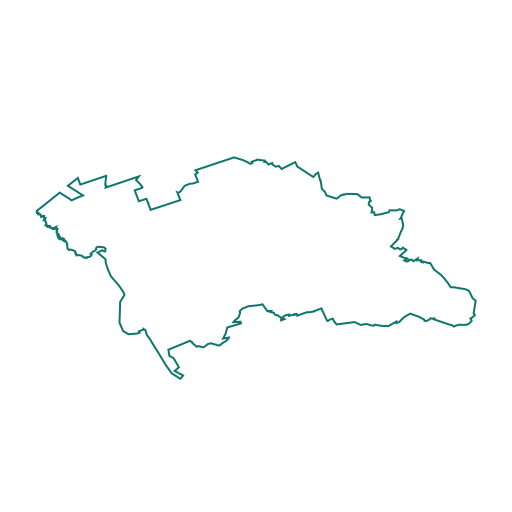 the district of Valdgales pag., Talsi, Latvia, rotated 344°
{"feature_id": "27541924B70707230241398", "entity_name": "Valdgales pag.", "entity_type": "district", "adm_level": 2, "iso_a3": "LVA", "parent_name": "Latvia", "parent_adm1": "Talsi", "projection": "natural_earth1", "projection_center": [22.377, 57.35], "detail": "fine", "context": "isolated", "style": "outline", "palette": "teal", "viewbox_px": 512, "rotation_deg": 344, "n_neighbors": 0, "source": "geoboundaries", "source_scale": "gbopen_adm2", "svg_char_len": 5936}
<svg xmlns="http://www.w3.org/2000/svg" viewBox="0 0 512 512"><g transform="rotate(344 256 256)"><path d="M394.7,287.2L393.4,287.4L391.2,287.3L391.2,287.1L388.4,284.0L397.0,279.1L396.8,278.9L397.5,278.5L402.6,271.8L402.9,271.7L403.5,271.2L404.5,269.7L406.0,267.1L406.4,260.2L405.0,259.9L405.5,259.6L409.2,255.0L410.2,254.3L410.8,253.6L407.0,250.6L405.1,250.9L403.1,250.9L402.2,250.3L401.6,250.3L397.0,248.9L395.7,250.5L387.7,250.3L381.4,249.4L381.7,246.5L379.0,246.0L379.7,244.6L380.0,244.6L380.9,241.6L378.5,237.7L379.5,235.3L381.6,234.7L381.0,233.7L381.4,231.1L381.0,230.9L373.7,228.9L370.7,224.6L367.7,223.5L360.4,221.3L357.1,221.3L357.1,221.0L354.2,221.1L352.6,221.9L349.3,223.1L346.4,221.2L346.1,221.2L346.0,220.9L340.4,217.2L340.2,214.9L339.9,213.4L337.8,209.6L338.8,202.5L338.7,202.5L338.8,200.8L338.5,200.7L338.7,193.0L336.0,193.8L334.2,195.1L332.8,195.8L320.3,181.3L320.1,178.9L319.5,176.6L304.6,179.4L302.8,175.8L299.7,175.6L298.0,173.7L296.9,172.3L297.1,171.1L293.2,171.5L291.7,168.3L290.0,167.9L290.7,166.7L283.4,163.6L283.1,164.0L277.9,164.2L278.1,165.6L276.0,165.9L273.3,163.1L270.0,160.3L261.8,155.0L261.5,155.2L221.4,156.9L222.9,159.9L220.0,160.8L220.0,161.4L220.8,168.7L215.2,168.9L212.1,168.3L206.7,168.9L201.1,173.3L198.3,173.7L197.9,173.3L198.7,181.4L167.4,182.6L166.9,176.0L167.0,175.6L166.8,175.6L166.4,170.8L158.5,171.1L157.5,159.5L165.3,159.1L165.4,158.6L165.8,158.4L164.2,154.4L161.6,150.0L165.3,147.2L130.4,148.8L131.4,147.4L130.7,146.9L131.1,145.7L130.9,145.6L132.2,142.2L134.1,138.0L133.9,137.5L133.0,137.7L106.8,138.9L106.3,131.8L94.5,136.7L106.4,150.1L101.4,150.6L94.0,151.7L92.3,149.4L84.7,141.0L57.6,152.3L58.0,153.7L57.2,154.0L57.3,154.5L57.8,154.8L58.8,155.0L58.7,155.3L58.1,155.8L58.1,156.1L59.5,156.4L60.5,156.9L60.5,157.3L60.1,158.9L60.2,159.3L60.4,159.4L60.9,159.0L63.0,158.8L63.3,158.9L63.5,159.1L62.5,161.0L62.6,161.3L63.0,161.5L63.7,161.2L64.1,161.4L64.0,161.5L62.2,163.0L63.3,163.1L63.3,163.3L63.0,164.0L63.4,164.9L63.4,165.1L63.2,165.6L63.4,165.8L63.3,166.4L63.5,166.9L63.3,167.3L63.0,168.2L62.2,168.4L62.8,169.2L63.5,169.3L63.3,169.9L63.7,170.7L64.1,170.7L64.2,170.0L64.4,169.8L64.9,170.0L65.3,170.4L65.9,170.3L66.3,170.4L66.2,171.2L65.5,171.1L65.5,171.7L65.9,172.0L66.8,172.2L67.0,172.9L67.8,173.0L67.9,173.5L68.5,173.2L68.8,173.3L68.5,173.9L68.7,174.3L69.7,174.4L69.8,174.3L69.7,173.4L70.2,173.1L71.3,173.0L70.9,173.3L70.9,173.5L71.0,173.6L71.5,173.4L71.9,173.8L71.8,174.6L72.6,175.2L71.4,175.8L71.4,176.0L71.9,176.2L71.9,176.5L71.6,176.7L71.6,177.3L71.1,177.5L70.8,178.0L70.8,178.5L71.7,179.8L71.1,179.8L71.0,180.0L71.3,180.3L71.2,181.0L71.7,181.2L71.7,181.4L72.1,181.4L72.2,181.8L71.2,181.6L70.8,181.8L71.0,182.1L71.5,182.1L71.3,182.5L71.5,182.7L71.0,182.8L70.8,183.9L71.5,184.6L72.0,184.3L72.5,184.3L72.2,184.8L72.7,185.3L72.0,185.7L72.3,186.0L72.7,185.8L73.0,186.0L73.3,185.7L73.9,186.2L74.2,186.0L74.3,185.5L74.9,185.5L75.2,185.9L74.7,186.4L75.3,186.7L76.1,186.7L76.4,187.0L76.2,187.7L75.0,188.0L75.9,189.1L76.1,189.1L76.1,188.9L77.0,189.1L77.6,190.3L77.4,190.9L78.0,192.0L77.4,193.1L76.9,197.3L78.0,198.3L78.1,198.8L79.3,198.6L81.6,200.0L83.3,201.4L83.4,202.0L83.2,204.0L83.8,204.0L83.6,205.9L86.2,206.4L88.2,207.5L89.2,208.4L89.6,209.6L90.4,210.1L92.2,210.5L91.9,210.9L92.7,211.2L94.1,210.7L95.4,211.0L96.6,210.7L97.5,210.3L98.2,209.6L98.4,209.3L98.3,208.4L97.9,208.2L100.5,206.8L103.3,206.3L104.3,205.5L104.3,204.5L106.1,203.4L111.7,205.5L112.8,206.2L113.0,207.2L113.4,207.7L112.2,210.0L110.9,209.4L109.9,208.1L104.6,209.0L110.5,217.7L109.7,220.8L109.7,222.0L109.9,226.7L109.8,227.0L110.9,235.4L116.2,246.8L118.7,254.7L118.8,257.2L112.8,262.6L106.4,282.5L107.6,291.5L111.9,296.1L120.6,297.8L123.0,297.6L122.8,296.1L127.6,295.7L127.8,295.1L129.3,297.0L129.3,301.7L131.1,306.5L132.7,312.6L135.6,322.5L139.2,335.9L142.6,345.5L149.4,353.2L153.0,350.8L152.9,350.6L151.0,348.7L150.8,348.7L146.1,344.1L151.2,341.7L148.6,331.4L145.2,328.1L146.0,321.9L169.2,319.3L169.8,320.3L170.8,321.1L170.7,321.8L174.0,326.9L175.6,326.7L179.3,328.8L180.7,329.3L185.7,327.3L189.0,327.6L191.1,329.2L192.7,329.9L194.6,331.4L195.9,331.9L197.1,331.5L197.5,331.4L197.7,331.6L198.9,330.7L204.0,329.4L206.8,327.7L207.4,326.9L201.6,326.3L205.4,322.3L208.7,316.8L223.0,316.6L223.0,314.9L216.1,313.4L217.9,312.1L222.2,310.3L224.9,306.6L225.1,304.6L228.1,302.9L235.0,302.2L243.2,303.7L246.9,304.2L248.9,304.2L251.7,312.1L253.9,312.4L255.4,313.0L254.2,313.6L255.0,314.0L256.1,314.9L257.6,315.5L257.9,317.4L258.2,317.7L258.9,318.3L260.5,318.9L261.9,320.9L263.3,322.3L263.4,322.7L262.6,324.0L262.4,324.8L265.9,324.5L264.4,323.1L265.1,322.0L268.4,321.1L271.7,321.4L271.2,322.6L275.0,322.7L276.7,323.3L276.9,322.5L278.7,322.7L279.2,322.9L279.2,324.8L283.1,324.4L289.7,324.1L291.3,324.7L296.3,325.3L296.3,325.1L304.4,324.4L306.3,336.7L306.7,338.1L307.8,338.1L309.1,337.6L312.1,337.2L312.8,338.0L312.7,339.0L312.9,340.0L314.6,344.0L332.6,346.7L337.6,351.1L342.8,351.7L344.5,352.4L347.2,354.2L349.9,355.5L351.2,354.7L357.2,357.7L363.9,359.9L372.9,357.7L372.5,359.2L376.0,358.9L377.0,358.0L381.8,355.5L388.3,353.9L396.5,359.8L397.7,361.2L400.2,363.4L400.1,364.7L401.3,365.4L404.4,365.1L406.6,364.0L408.0,364.8L410.3,365.1L410.4,365.7L409.8,366.1L421.0,373.9L425.8,376.9L426.6,378.3L429.6,378.0L433.2,378.2L435.1,379.1L438.9,379.9L439.4,380.2L440.6,380.1L442.5,379.6L445.4,377.8L445.5,377.3L444.9,375.2L446.2,375.1L447.3,374.3L449.2,373.8L450.0,373.3L450.1,372.6L449.3,371.4L454.8,359.5L452.5,356.1L451.8,351.7L451.2,348.5L448.8,346.1L447.2,345.2L436.9,340.3L434.9,339.9L434.3,339.1L433.1,335.0L431.5,331.3L431.3,330.4L428.8,325.4L423.4,318.1L421.5,310.7L419.6,310.2L415.8,307.8L414.8,308.3L413.7,307.6L414.1,307.1L413.1,306.7L413.6,305.7L409.7,304.5L410.7,302.9L405.9,304.4L404.5,302.2L402.1,302.3L400.6,303.0L399.3,302.9L397.4,301.2L400.9,300.5L400.3,299.6L398.7,299.2L394.3,295.6L399.9,293.0L402.2,291.8L402.3,291.6L399.3,288.4L398.3,289.3L396.2,289.4L394.7,287.2Z" fill="none" stroke="#0f766e" stroke-width="2"/></g></svg>